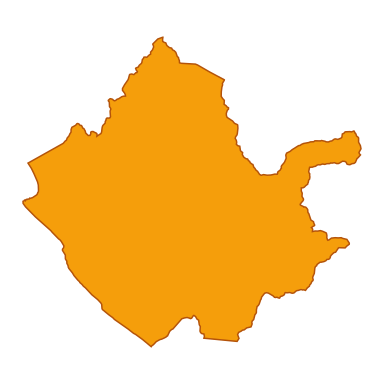 outline of Ascope, La Libertad, Peru
{"feature_id": "86281439B48399127015258", "entity_name": "Ascope", "entity_type": "district", "adm_level": 2, "iso_a3": "PER", "parent_name": "Peru", "parent_adm1": "La Libertad", "projection": "albers", "projection_center": [-79.075, -7.694], "detail": "fine", "context": "isolated", "style": "filled", "palette": "amber", "viewbox_px": 384, "rotation_deg": 0, "n_neighbors": 0, "source": "geoboundaries", "source_scale": "gbopen_adm2", "svg_char_len": 5975}
<svg xmlns="http://www.w3.org/2000/svg" viewBox="0 0 384 384"><path d="M285.8,155.1L286.2,158.2L284.9,161.3L284.3,162.5L281.6,165.7L281.2,166.9L281.4,168.2L280.8,168.8L280.2,170.1L278.1,171.6L277.6,172.6L277.6,173.6L277.3,174.2L274.9,174.1L270.9,175.0L267.2,175.2L263.5,174.6L261.1,175.3L259.5,174.3L257.6,171.4L255.8,169.9L254.9,168.3L253.9,167.4L252.9,164.5L252.1,164.2L250.2,162.7L249.6,161.3L248.5,160.7L247.6,159.0L246.0,158.7L243.9,157.3L242.3,154.6L242.6,152.5L241.0,151.3L240.4,150.4L239.8,146.2L238.0,145.8L236.4,144.4L236.7,142.2L236.3,140.3L235.2,138.4L235.6,136.8L236.9,135.1L237.3,133.8L237.9,128.3L237.7,125.2L237.5,124.7L234.5,123.3L232.6,121.0L227.1,117.4L226.4,115.5L226.3,113.4L227.3,110.3L228.5,109.1L228.5,107.7L227.2,107.1L226.1,105.7L224.1,104.3L224.3,100.3L222.7,98.6L221.2,96.4L221.3,91.8L221.9,87.0L222.6,84.9L222.4,83.4L224.2,80.4L224.3,79.8L209.7,72.0L197.6,65.0L195.4,64.1L181.3,63.3L179.5,62.8L179.4,60.6L178.7,58.9L178.5,57.6L177.2,56.3L175.8,52.3L174.2,50.7L172.5,49.8L171.6,48.1L169.4,47.6L167.4,46.0L166.8,45.4L165.8,42.9L163.9,42.2L162.7,41.4L162.6,39.4L162.9,37.3L162.5,37.3L157.8,39.0L152.9,43.9L152.8,44.2L153.5,46.0L153.6,47.1L152.4,50.0L150.6,52.1L150.6,54.2L149.3,54.9L146.8,57.3L145.1,57.0L143.9,57.2L143.4,58.5L142.4,59.4L141.9,62.3L141.4,63.4L139.2,65.3L138.3,67.0L135.9,68.0L135.6,68.4L136.4,70.4L137.4,71.5L136.9,72.6L135.9,72.7L133.9,74.6L131.7,74.0L130.0,74.3L129.5,74.8L128.2,79.5L124.6,84.7L122.5,88.5L122.5,90.4L124.5,93.0L125.3,94.7L125.5,96.1L123.4,96.2L121.8,96.7L118.6,98.8L117.1,99.2L115.8,100.3L114.7,100.8L113.6,100.4L112.6,99.3L110.6,98.7L109.8,98.9L108.3,100.3L108.4,101.0L109.1,101.7L109.3,102.6L109.5,106.7L110.6,108.3L110.8,109.2L110.2,110.7L110.1,111.6L110.5,116.8L109.9,117.8L109.0,118.1L107.0,118.0L106.1,119.0L105.9,120.4L105.3,121.3L105.1,123.2L103.1,125.2L102.5,126.2L102.1,127.8L101.6,132.0L101.0,133.5L96.9,136.2L97.1,135.0L96.8,133.6L96.4,133.2L93.0,131.5L91.6,131.6L90.9,132.0L90.7,132.4L90.8,133.7L90.0,135.4L88.2,135.5L85.7,133.0L85.2,130.9L84.7,130.3L84.4,129.3L83.7,128.5L82.8,128.1L81.7,125.8L81.2,125.4L80.1,125.4L79.1,124.1L77.8,123.5L76.9,123.7L75.6,125.3L71.9,127.3L71.1,129.4L71.0,132.2L69.9,133.8L69.0,135.9L67.2,138.0L66.4,140.2L65.1,141.1L63.3,143.3L28.0,163.1L31.4,168.4L33.9,173.5L37.5,181.8L38.3,185.0L38.5,190.5L38.3,191.9L37.8,192.6L37.1,194.4L36.5,195.0L32.6,197.6L30.5,198.3L29.7,198.1L29.0,199.1L27.7,199.1L27.2,199.5L26.5,199.3L25.9,199.7L25.5,200.5L25.2,200.0L24.5,200.1L24.0,200.9L23.0,201.3L23.1,203.4L25.5,206.8L35.4,216.9L50.8,230.6L52.2,232.3L58.6,238.9L59.9,239.8L61.3,241.5L63.9,245.9L63.6,247.7L62.5,249.2L62.5,250.4L65.3,255.0L65.4,258.9L66.8,261.2L66.9,263.4L68.0,265.5L68.3,267.3L68.9,268.5L72.4,272.9L74.0,275.6L77.8,280.1L79.5,281.7L79.9,282.6L82.0,284.4L83.4,286.2L85.4,287.8L91.9,294.8L97.6,299.5L100.8,302.9L101.7,304.4L102.0,308.5L102.4,309.5L108.7,314.7L112.8,317.7L114.4,319.4L128.2,329.1L133.5,333.3L135.6,334.4L142.7,339.6L151.2,346.7L152.1,345.5L153.3,344.8L156.3,341.6L159.9,339.6L161.8,339.1L164.2,338.0L166.1,337.0L166.9,336.1L167.5,336.0L169.7,331.3L171.6,329.5L172.9,329.0L181.8,318.8L184.6,317.9L187.1,317.5L189.7,318.2L190.3,318.6L191.2,318.4L191.7,318.1L193.4,315.6L193.9,315.4L195.6,316.6L196.9,319.0L198.6,320.2L199.3,324.8L200.3,326.5L200.0,331.1L200.6,332.6L201.8,333.6L203.9,334.0L204.4,336.4L203.9,338.2L237.1,341.4L239.0,338.4L237.6,334.6L238.6,332.4L241.1,331.2L242.4,330.2L244.3,329.8L246.7,327.9L251.0,326.9L252.0,324.4L252.1,323.6L251.8,322.8L252.1,321.2L253.7,319.5L254.9,314.8L256.0,313.4L256.4,312.4L256.4,309.9L257.1,306.5L258.3,305.5L259.2,304.0L260.6,299.8L261.2,299.0L261.6,297.1L264.6,293.3L266.4,292.7L268.4,293.1L273.0,295.8L274.5,297.3L275.6,297.5L276.9,297.2L278.3,297.9L279.6,298.1L280.5,296.5L282.6,295.9L284.3,294.7L284.9,293.0L285.3,292.6L287.1,292.8L289.8,292.5L292.0,293.2L292.8,293.2L294.0,292.9L296.5,290.7L298.3,290.4L300.7,289.6L301.9,289.7L302.6,290.0L303.7,289.8L305.5,290.4L307.3,287.9L309.4,286.2L309.8,284.8L310.9,283.7L311.9,281.4L312.7,280.9L313.2,279.9L312.7,277.9L312.8,276.9L314.3,273.4L314.9,267.8L315.5,266.5L316.7,265.7L317.0,264.5L320.1,262.2L321.2,262.2L324.0,261.6L325.9,260.7L326.8,259.5L328.6,259.3L329.6,258.7L330.3,257.4L330.4,256.4L331.4,255.0L333.8,252.7L335.6,252.2L338.4,248.0L338.9,247.7L345.1,247.9L346.9,246.0L349.2,244.3L349.3,243.4L349.1,242.8L346.9,239.4L342.8,238.4L341.2,237.7L338.2,237.9L335.2,237.7L331.4,238.1L329.3,239.7L327.9,240.3L327.5,239.9L326.8,237.7L326.9,235.4L326.4,233.2L326.0,232.8L322.7,231.3L320.4,230.6L317.6,231.1L315.1,231.0L312.4,231.6L312.7,229.3L312.1,228.2L311.4,227.6L313.1,226.3L314.1,225.9L314.7,225.1L313.8,223.1L313.5,221.7L310.9,220.0L308.8,213.6L307.9,212.4L307.7,209.6L307.0,208.5L305.8,207.2L304.6,206.9L303.7,207.0L303.5,206.6L300.6,205.2L300.2,204.8L300.2,204.2L301.8,202.1L302.7,201.2L303.5,199.8L303.4,198.8L302.0,196.5L302.2,193.1L301.3,191.1L301.3,187.9L303.0,187.8L304.4,187.1L305.8,185.6L307.7,184.2L307.8,183.3L308.3,182.4L308.6,180.3L309.6,179.1L309.9,177.0L309.6,175.0L309.8,173.9L309.0,172.8L308.7,171.5L309.6,167.3L312.8,167.1L313.3,166.7L315.5,166.3L317.3,165.0L318.8,164.7L320.0,164.9L322.6,164.0L324.8,164.4L326.8,163.7L329.7,163.6L330.5,163.0L332.2,163.1L334.4,162.7L336.8,163.6L338.7,163.5L342.6,161.2L345.1,161.5L346.2,162.3L346.9,164.0L347.7,164.4L349.4,164.7L350.2,164.6L351.9,163.7L354.0,163.4L355.4,162.4L357.0,158.6L358.2,157.6L360.5,154.9L359.3,153.6L359.0,152.4L361.0,148.8L360.4,145.6L358.6,142.2L358.6,138.0L358.2,137.3L356.6,136.1L355.9,134.0L355.4,133.1L354.9,133.0L354.3,131.3L353.9,131.0L351.5,131.9L349.9,131.6L345.5,131.8L344.7,132.2L343.9,133.3L342.3,134.0L341.9,137.2L341.0,138.1L337.9,139.4L335.5,138.9L334.3,139.1L331.7,141.0L330.4,141.1L328.3,142.0L326.0,141.8L325.1,141.3L321.5,140.5L320.5,140.9L314.9,140.8L313.7,141.7L310.3,141.9L308.9,142.5L303.5,143.5L301.2,144.5L300.3,145.4L299.1,145.5L298.3,145.8L292.1,149.7L290.1,151.4L286.6,153.1L285.8,155.1Z" fill="#f59e0b" stroke="#b45309" stroke-width="1.5"/></svg>